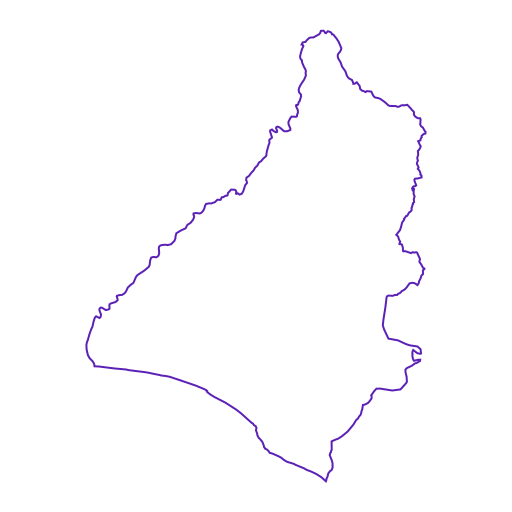 Beloha, Androy, Madagascar
{"feature_id": "10022922B63714971659336", "entity_name": "Beloha", "entity_type": "district", "adm_level": 2, "iso_a3": "MDG", "parent_name": "Madagascar", "parent_adm1": "Androy", "projection": "natural_earth1", "projection_center": [45.029, -25.05], "detail": "fine", "context": "isolated", "style": "outline", "palette": "violet", "viewbox_px": 512, "rotation_deg": 0, "n_neighbors": 0, "source": "geoboundaries", "source_scale": "gbopen_adm2", "svg_char_len": 6032}
<svg xmlns="http://www.w3.org/2000/svg" viewBox="0 0 512 512"><path d="M94.5,366.3L98.8,366.5L114.8,368.5L126.2,369.5L128.5,370.1L146.1,372.3L160.0,375.1L161.2,375.5L165.7,376.0L169.7,376.8L188.8,383.2L196.3,385.8L204.9,389.4L206.6,390.4L207.1,391.0L206.8,391.4L207.2,392.0L210.2,394.4L214.6,397.1L225.5,402.7L236.2,409.6L241.1,413.4L251.7,422.9L252.8,423.4L253.9,425.1L255.6,426.1L256.4,427.6L256.4,428.6L256.0,429.6L256.0,430.4L257.1,433.4L257.4,435.3L258.9,438.1L259.7,438.7L262.3,441.8L263.7,445.3L264.1,447.2L264.8,447.9L264.9,448.5L267.2,449.7L268.7,451.3L269.6,452.8L272.5,453.6L278.8,456.4L281.5,457.9L283.6,459.7L287.0,461.8L294.0,463.9L295.0,464.6L304.4,468.5L306.5,469.8L311.5,471.7L316.3,474.0L321.5,477.3L325.9,481.3L326.4,479.9L326.5,478.5L327.4,477.0L328.3,473.4L330.2,470.9L331.5,470.2L332.6,467.7L332.5,462.9L331.7,460.2L329.7,455.1L330.3,452.9L330.9,452.4L331.0,451.2L331.7,450.0L331.6,441.4L335.8,439.5L338.1,438.7L341.7,436.4L347.5,431.7L353.4,424.6L356.3,419.9L358.1,418.4L359.0,416.5L360.5,415.0L361.3,412.8L361.4,411.5L362.3,409.2L362.9,405.0L365.1,404.5L367.9,403.0L369.1,401.8L371.6,398.4L371.6,396.0L371.2,395.4L373.9,391.5L376.4,388.7L380.2,388.6L392.3,390.5L400.5,389.4L406.1,383.2L406.9,381.8L406.6,376.7L405.5,372.3L405.5,369.5L407.0,368.0L411.6,365.9L415.0,363.4L416.6,363.0L420.0,361.0L420.2,359.7L417.9,359.8L414.0,360.8L413.6,360.3L412.9,358.6L412.3,355.5L412.6,354.0L412.3,353.3L412.5,351.6L413.2,350.0L417.2,353.1L419.9,353.8L421.0,353.5L420.6,349.3L417.5,346.5L409.6,345.3L405.5,343.9L398.1,340.4L388.4,338.6L384.0,329.2L382.8,325.4L383.4,319.9L385.4,307.2L386.6,297.1L387.3,296.1L388.5,295.6L392.9,295.8L394.8,295.0L397.3,294.9L398.0,293.9L400.3,292.8L401.8,291.1L404.4,289.7L406.5,287.6L409.5,283.4L412.1,282.8L413.9,283.0L415.7,283.8L417.4,285.1L418.6,283.5L419.1,281.2L420.6,278.3L421.5,275.5L423.0,274.1L422.9,270.3L424.4,269.1L424.4,268.5L423.0,267.7L420.9,263.9L419.5,262.1L419.4,261.4L420.0,259.1L417.1,252.6L416.0,252.2L414.0,252.6L412.7,252.2L411.0,253.1L405.0,251.1L403.6,251.4L403.1,251.1L402.8,247.5L402.1,244.9L401.6,244.3L399.5,244.1L399.5,243.3L400.2,241.7L399.0,239.6L398.1,236.5L396.3,234.8L400.0,230.1L401.1,226.7L402.1,222.6L404.2,219.6L404.2,219.1L404.0,218.8L405.4,217.1L406.0,216.1L406.6,216.1L407.3,215.7L409.0,212.6L410.8,211.3L411.7,210.0L411.5,208.1L412.2,206.5L412.4,205.1L413.0,204.3L412.8,203.4L414.1,202.2L413.8,199.3L414.6,196.3L413.6,193.9L413.7,190.4L414.1,189.0L413.2,188.1L412.4,189.4L412.1,188.5L413.0,186.7L414.1,186.2L415.3,186.1L416.2,185.4L414.5,180.8L414.4,179.6L414.9,178.9L415.7,178.5L417.7,178.5L421.6,177.4L421.5,175.6L420.3,174.5L420.5,173.4L420.1,172.3L419.4,170.7L417.8,168.8L418.6,167.4L416.9,163.8L417.1,162.5L417.9,160.5L417.4,159.0L417.3,157.6L418.2,154.8L417.9,150.9L419.0,149.9L420.2,147.9L420.7,146.2L419.8,144.8L418.2,141.2L420.4,140.4L420.7,138.6L421.7,137.4L421.5,136.4L421.7,135.7L423.9,133.9L425.4,133.6L425.6,131.9L424.7,130.9L422.9,127.6L421.2,126.4L420.2,124.6L420.6,119.7L420.2,118.3L417.8,118.2L415.1,116.5L413.9,114.6L413.8,113.9L414.1,112.8L413.7,111.6L411.8,109.9L411.2,108.9L407.3,104.8L404.1,105.4L403.0,105.1L400.8,105.6L399.4,106.5L397.8,106.9L395.9,106.1L389.6,105.9L388.3,105.3L385.2,102.4L380.6,99.1L378.7,98.2L375.2,97.5L374.3,96.9L373.3,95.7L371.3,91.6L366.9,91.1L365.6,92.1L363.9,91.2L362.1,90.7L360.2,89.0L359.7,86.1L356.8,82.3L354.8,83.7L353.3,83.8L353.1,82.5L352.0,80.0L349.3,78.6L347.9,77.3L346.7,75.2L345.4,71.3L342.1,66.7L340.6,62.4L338.2,58.4L337.7,56.3L337.8,54.9L338.3,53.7L340.0,51.8L341.0,49.8L341.3,48.1L338.7,41.9L336.5,38.5L333.3,34.5L331.9,34.3L331.5,33.1L330.7,32.2L327.9,31.2L325.9,33.2L325.1,32.9L324.1,31.2L323.5,30.7L320.9,30.9L320.2,32.9L319.2,34.2L313.5,37.4L311.0,37.5L309.3,37.9L306.6,40.4L305.5,41.9L302.7,42.4L301.6,44.6L302.7,44.8L303.4,46.0L302.1,48.9L300.9,52.8L300.1,56.1L300.2,57.8L300.9,59.4L301.9,60.3L302.1,62.5L303.9,66.7L305.6,69.9L305.9,71.3L305.6,72.8L305.9,75.5L304.2,79.5L300.8,84.6L299.2,87.7L298.7,89.7L298.9,91.7L299.5,92.9L300.9,94.5L301.1,96.3L299.6,101.3L298.7,102.1L298.2,104.4L297.3,105.1L296.4,104.9L296.0,105.4L296.3,106.9L297.7,109.8L297.9,111.0L297.9,112.9L297.2,114.3L296.9,116.3L296.0,116.8L291.5,116.6L290.3,118.2L288.6,121.5L288.4,122.5L288.6,124.4L290.4,128.6L290.3,130.0L287.0,131.3L284.0,131.2L280.5,128.1L278.9,127.1L277.4,126.6L276.4,127.1L276.0,128.0L277.1,130.7L277.1,131.7L276.8,132.1L276.0,132.3L273.5,131.0L272.0,129.5L270.3,130.3L270.0,131.3L272.0,137.4L271.8,137.9L270.0,139.2L269.2,140.2L269.5,142.8L268.5,145.4L266.8,151.6L266.3,155.5L265.8,156.4L263.0,158.8L261.2,161.1L259.0,162.5L257.3,165.7L255.2,167.6L253.4,170.7L251.9,172.1L248.9,176.0L246.5,177.6L246.1,179.9L246.8,181.6L247.0,183.0L245.2,185.2L243.2,191.4L241.7,193.8L239.5,194.6L237.8,193.3L236.3,193.9L236.0,193.7L236.3,191.6L235.7,190.3L234.5,189.7L231.1,189.6L228.0,193.0L227.5,195.3L226.9,195.7L225.4,195.8L223.4,197.1L221.7,197.3L220.7,199.7L220.2,199.9L217.4,199.7L215.0,202.1L211.4,203.4L208.7,203.4L206.0,204.0L205.0,205.9L204.4,208.2L203.6,210.1L202.2,212.0L200.9,213.0L199.8,213.5L196.1,213.0L193.6,213.4L193.4,214.7L194.1,215.9L194.1,217.1L193.1,219.7L190.6,222.8L187.5,224.8L186.9,225.6L185.9,227.9L185.3,228.5L181.4,230.2L176.4,233.2L175.5,236.4L175.4,238.5L174.4,240.9L171.0,244.3L167.4,245.1L165.4,244.7L161.5,245.1L160.5,245.5L159.3,246.4L159.0,247.0L158.8,248.4L159.2,253.0L158.6,255.4L158.2,256.0L156.3,257.3L153.4,256.9L151.2,257.6L150.2,260.3L149.6,265.1L148.8,266.8L144.4,270.5L137.4,275.1L135.9,277.1L133.4,282.9L131.0,284.6L127.9,287.4L125.8,291.8L124.3,293.5L122.0,294.9L118.8,295.2L116.9,295.9L116.7,296.3L117.6,299.2L117.6,300.2L115.6,302.0L110.7,303.5L109.6,304.3L109.3,305.6L109.6,308.2L109.3,309.0L108.3,309.5L105.8,310.1L102.0,307.7L100.7,307.6L99.9,308.2L99.5,308.8L99.4,310.2L101.0,314.5L100.8,316.2L100.2,317.5L99.4,318.0L96.1,316.3L94.8,317.7L93.6,321.5L92.4,326.9L91.4,328.8L89.6,333.7L87.8,340.1L86.9,342.3L86.4,344.9L86.6,349.4L87.9,355.1L89.7,358.3L92.4,361.0L93.7,363.0L94.3,364.6L94.5,366.3Z" fill="none" stroke="#5b21b6" stroke-width="2"/></svg>